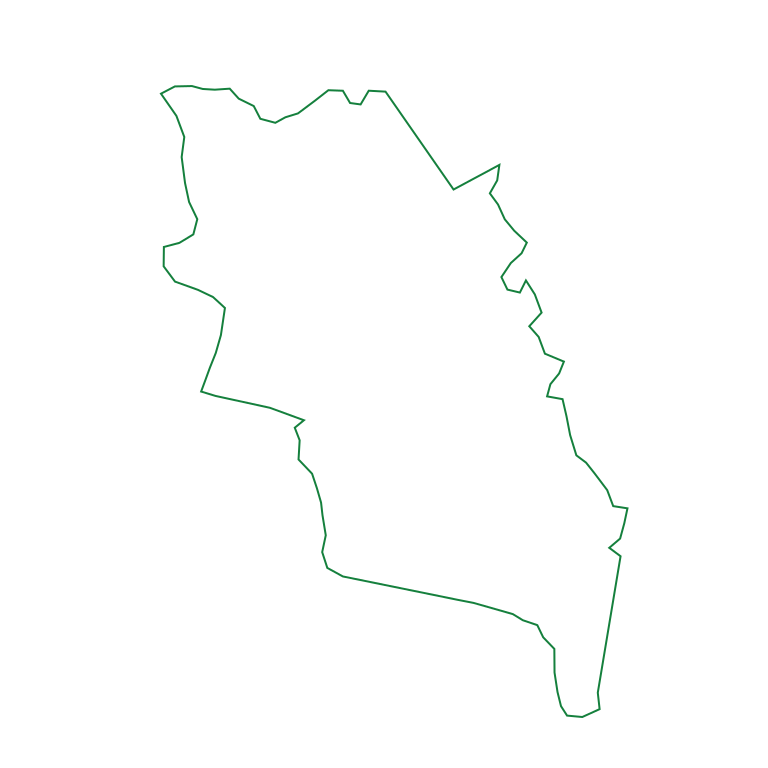 the district of Doutor Ricardo, Rio Grande do Sul, Brazil, rotated 192°
{"feature_id": "56859067B19078379689297", "entity_name": "Doutor Ricardo", "entity_type": "district", "adm_level": 2, "iso_a3": "BRA", "parent_name": "Brazil", "parent_adm1": "Rio Grande do Sul", "projection": "orthographic", "projection_center": [-51.977, -29.086], "detail": "fine", "context": "isolated", "style": "outline", "palette": "green", "viewbox_px": 768, "rotation_deg": 192, "n_neighbors": 0, "source": "geoboundaries", "source_scale": "gbopen_adm2", "svg_char_len": 1400}
<svg xmlns="http://www.w3.org/2000/svg" viewBox="0 0 768 768"><g transform="rotate(192 384 384)"><path d="M105.5,110.8L110.7,126.5L116.8,264.7L129.6,270.6L120.9,281.9L120.0,297.8L120.0,313.0L134.4,312.2L143.6,326.6L159.5,340.4L170.0,349.1L181.0,354.2L191.3,372.7L198.8,390.4L206.2,406.3L221.9,405.8L221.2,418.4L214.9,430.7L212.7,443.3L232.9,447.1L242.5,462.2L253.9,470.7L244.7,486.6L255.1,503.0L266.7,514.8L270.1,501.7L282.9,502.0L291.4,513.0L285.1,528.7L276.6,540.5L273.7,552.0L288.5,561.0L300.1,570.2L309.8,583.3L320.1,592.5L315.6,606.7L316.7,622.3L356.4,588.7L443.3,670.3L459.9,667.7L465.0,652.6L475.6,651.8L485.2,662.3L499.5,659.8L510.5,646.7L524.4,630.8L535.9,624.4L544.6,616.9L560.1,617.7L569.2,628.8L585.4,632.9L596.3,640.8L610.7,636.7L622.6,634.9L633.8,635.5L650.4,631.6L662.5,621.6L642.8,603.1L630.7,584.1L629.1,563.9L620.4,539.2L612.5,521.5L600.9,506.4L601.6,490.7L613.5,479.5L627.8,472.3L624.0,453.3L609.7,440.7L585.5,437.4L569.3,433.5L555.4,425.3L553.7,397.9L555.0,379.4L557.7,363.7L559.5,350.9L561.3,338.6L546.3,337.3L490.7,337.0L454.8,331.9L462.2,322.7L454.8,311.4L451.9,292.4L435.7,281.3L427.9,268.0L420.9,254.9L416.9,242.9L409.5,223.9L409.5,206.7L401.2,192.3L384.2,187.2L267.8,188.2L250.9,188.5L210.1,185.7L199.1,181.8L183.9,180.0L175.6,169.3L162.3,160.3L157.2,137.2L150.2,118.7L143.9,105.7L136.0,97.7L120.8,99.5L105.5,110.8Z" fill="none" stroke="#15803d" stroke-width="2"/></g></svg>